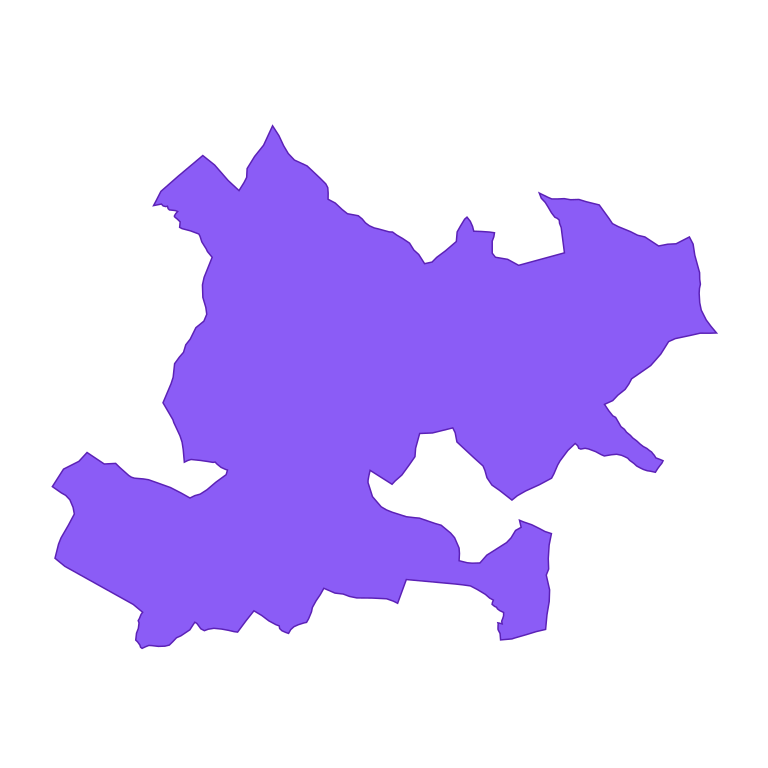 outline of Nwangele, Imo, Nigeria, rotated 179°
{"feature_id": "59680162B11133908611483", "entity_name": "Nwangele", "entity_type": "district", "adm_level": 2, "iso_a3": "NGA", "parent_name": "Nigeria", "parent_adm1": "Imo", "projection": "albers", "projection_center": [7.127, 5.702], "detail": "fine", "context": "isolated", "style": "filled", "palette": "violet", "viewbox_px": 768, "rotation_deg": 179, "n_neighbors": 0, "source": "geoboundaries", "source_scale": "gbopen_adm2", "svg_char_len": 5131}
<svg xmlns="http://www.w3.org/2000/svg" viewBox="0 0 768 768"><g transform="rotate(179 384 384)"><path d="M114.2,291.0L113.3,292.4L111.7,294.8L109.7,297.4L107.6,299.9L106.3,302.4L109.2,303.7L113.5,305.4L115.0,308.0L116.5,309.8L117.7,311.4L119.8,312.9L122.3,315.0L125.9,317.0L129.0,319.5L132.1,322.5L136.3,325.8L138.5,328.3L142.4,331.6L144.4,334.5L147.8,337.2L153.0,346.6L155.8,348.2L159.7,353.3L163.9,359.8L155.6,363.4L150.3,368.8L143.0,374.4L139.2,379.7L136.3,384.9L117.0,397.8L106.8,409.0L98.7,421.4L92.0,424.3L77.5,427.1L66.9,429.3L57.5,429.1L50.6,429.2L56.1,436.0L60.7,442.4L65.5,452.3L66.9,459.7L67.3,469.2L66.9,474.1L65.9,478.3L66.5,483.1L66.5,489.8L71.0,507.3L72.5,518.5L76.1,525.7L89.5,519.1L98.0,518.8L107.0,517.2L120.6,526.5L127.8,528.3L134.8,532.0L147.1,537.3L152.8,540.4L156.0,545.4L165.7,559.3L178.5,562.7L185.9,565.1L194.3,565.0L200.6,566.2L207.0,566.0L213.0,566.1L216.8,567.8L225.4,572.2L223.5,567.0L219.6,562.7L216.9,558.2L213.6,552.3L210.3,547.8L207.8,546.6L205.9,544.7L205.7,541.7L204.1,537.3L201.3,512.0L247.3,500.3L258.2,506.5L270.4,508.8L273.5,512.9L273.3,525.0L271.6,529.3L270.9,533.3L275.9,534.1L283.9,534.8L291.6,535.2L292.7,540.0L294.9,545.2L298.1,549.4L300.5,547.4L305.1,540.1L308.2,534.8L309.2,525.2L320.2,516.1L329.1,509.7L333.8,505.1L341.3,503.6L347.0,512.9L351.8,517.4L356.0,524.4L362.9,529.2L368.7,532.7L372.8,535.8L376.1,536.0L387.4,539.3L391.0,540.2L395.9,542.5L399.8,545.5L402.9,549.4L406.8,552.7L417.6,554.9L422.8,559.2L429.6,565.8L436.7,569.7L436.5,575.8L436.8,581.3L438.7,585.1L444.2,590.8L457.1,603.4L469.7,609.5L475.7,616.1L480.2,624.0L484.7,634.1L490.9,644.1L500.2,624.9L509.4,613.8L517.1,601.8L517.7,593.0L520.4,587.9L525.6,579.9L536.3,590.2L549.5,605.9L561.2,615.6L586.0,595.5L603.7,580.5L608.6,571.3L611.3,566.4L603.4,567.8L601.7,565.9L599.2,565.2L597.4,565.5L596.8,563.1L595.5,561.8L592.2,561.4L589.4,561.0L587.3,560.1L589.3,557.9L590.6,555.8L590.6,555.0L589.6,554.0L588.0,552.7L585.0,549.7L585.3,546.7L585.6,544.2L583.3,542.9L574.8,540.5L566.5,537.2L565.3,534.7L563.7,529.3L560.9,524.6L559.5,522.4L558.2,519.5L553.6,513.7L562.0,493.8L563.8,486.2L563.6,473.7L560.8,463.6L560.0,456.8L563.0,450.0L571.1,443.6L577.0,432.2L581.5,426.7L583.9,419.2L588.1,414.5L593.0,408.0L594.7,394.4L596.9,388.0L605.3,369.1L595.7,352.0L594.8,349.0L592.0,342.8L588.9,335.8L586.9,329.4L585.9,321.9L585.0,309.3L581.4,311.0L578.2,311.9L569.0,310.8L561.1,309.5L556.3,308.6L554.2,308.9L552.4,306.9L548.4,303.5L544.0,301.4L542.0,300.7L543.4,296.1L553.9,288.7L562.9,281.3L569.7,277.1L575.1,275.7L580.0,273.4L588.7,278.5L599.3,284.2L612.0,289.0L621.1,292.4L626.3,293.3L635.1,294.2L638.1,295.2L640.7,296.9L649.8,305.3L653.7,309.3L665.1,308.9L682.1,320.7L690.4,312.0L705.9,304.5L717.4,287.2L708.6,280.8L704.2,278.2L700.1,273.7L697.0,266.0L695.9,259.4L702.0,248.4L709.6,235.8L712.2,229.6L716.0,215.5L706.2,207.2L638.6,168.0L629.3,160.0L630.9,157.9L632.7,153.7L633.9,151.7L633.1,149.4L633.9,143.9L635.8,139.2L636.7,132.3L634.9,130.5L632.6,127.2L632.0,125.1L630.5,123.9L626.9,125.5L623.7,126.7L620.8,126.5L614.2,125.6L607.6,125.7L603.2,126.7L599.6,130.1L595.9,133.9L591.4,135.8L588.0,138.0L582.4,141.6L580.0,145.2L577.3,149.1L575.3,147.9L573.0,144.7L571.4,142.4L567.9,140.5L564.0,141.9L558.3,142.7L550.6,141.8L543.7,140.4L538.2,139.0L534.7,138.5L525.9,149.9L518.0,159.5L510.3,154.7L503.3,149.2L496.2,145.2L493.0,144.0L492.6,141.3L490.4,139.1L486.8,137.4L483.8,136.3L481.5,140.1L478.3,142.9L473.9,144.8L468.2,146.5L465.6,147.0L463.5,150.5L460.5,157.4L459.5,161.8L455.7,168.4L451.4,174.5L447.7,180.8L436.7,175.8L428.5,174.7L422.2,172.2L415.0,170.6L400.0,170.2L385.1,169.2L378.4,166.7L374.2,164.5L365.1,188.1L315.6,182.7L308.7,181.8L301.1,180.6L294.3,176.9L286.3,171.9L282.1,168.1L278.4,166.0L279.4,163.7L279.8,161.8L277.3,159.7L275.4,158.8L274.5,157.2L272.2,155.4L268.4,153.5L268.5,150.1L269.4,147.4L270.5,144.8L270.0,142.1L272.4,142.8L274.3,143.2L274.0,142.2L274.2,140.1L274.3,137.3L274.2,136.3L273.2,134.3L272.3,132.5L271.9,126.1L260.5,126.9L258.0,127.7L246.1,130.9L236.0,133.8L226.7,135.8L225.1,150.3L222.6,163.7L222.0,175.3L225.1,190.1L222.6,196.1L222.8,206.6L221.7,220.1L219.2,231.5L225.6,233.7L230.8,236.6L238.7,240.7L246.7,243.6L250.9,245.4L249.4,238.3L255.0,235.3L259.6,228.0L264.2,223.3L284.2,211.1L291.2,203.4L298.9,203.3L303.8,203.8L312.0,206.0L311.5,213.2L311.8,218.7L316.1,229.1L320.0,233.8L329.3,241.8L335.2,243.6L351.0,249.3L355.0,249.7L364.0,250.9L372.5,253.8L377.9,255.6L383.8,258.1L389.0,261.3L397.5,271.6L399.8,279.4L401.7,285.7L401.6,288.1L400.7,292.6L399.4,297.9L377.7,283.6L374.5,286.9L367.7,292.7L360.3,302.5L354.3,310.8L353.5,319.3L349.2,333.9L336.4,334.2L316.0,338.9L313.7,334.1L312.1,324.8L295.6,308.9L286.4,300.3L284.6,295.8L282.7,288.5L277.9,281.1L270.3,275.6L258.1,265.7L252.6,270.0L244.2,274.6L230.4,280.6L218.1,286.9L215.7,291.2L211.8,299.9L209.3,304.1L201.3,314.4L193.9,321.2L191.4,318.9L190.4,316.3L188.4,315.5L184.1,316.2L180.7,315.5L173.6,312.7L168.1,309.6L165.0,308.2L157.8,309.3L152.6,309.7L147.8,308.6L144.7,307.2L141.6,305.6L139.7,303.4L135.5,300.2L132.8,297.6L128.7,295.3L126.1,294.0L122.4,292.7L119.3,292.2L114.2,291.0Z" fill="#8b5cf6" stroke="#5b21b6" stroke-width="1.5"/></g></svg>